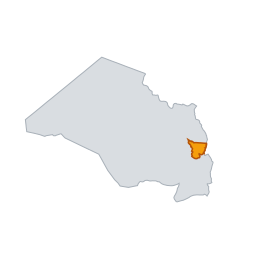 Lac Iro, Moyen-Chari, Chad (highlighted), rotated 291°
{"feature_id": "50815135B94662216566844", "entity_name": "Lac Iro", "entity_type": "district", "adm_level": 2, "iso_a3": "TCD", "parent_name": "Chad", "parent_adm1": "Moyen-Chari", "projection": "robinson", "projection_center": [19.344, 9.791], "detail": "fine", "context": "in_parent", "style": "filled", "palette": "amber", "viewbox_px": 256, "rotation_deg": 291, "n_neighbors": 0, "source": "geoboundaries", "source_scale": "gbopen_adm2", "svg_char_len": 5222}
<svg xmlns="http://www.w3.org/2000/svg" viewBox="0 0 256 256"><g transform="rotate(291 128 128)"><path d="M184.7,78.1L184.7,83.6L184.7,89.1L184.8,94.6L184.8,100.1L184.8,105.7L184.9,111.2L184.9,116.7L185.0,122.2L185.0,124.0L184.8,124.8L184.6,125.0L182.0,124.5L180.9,124.5L179.3,124.9L177.0,125.1L175.5,125.0L174.5,126.0L173.7,127.1L174.1,129.8L174.0,130.7L173.7,131.7L173.0,132.5L172.3,133.1L171.8,133.7L171.3,135.0L170.9,135.5L171.0,136.3L170.9,137.1L170.4,137.6L169.4,137.9L168.7,138.2L168.1,138.8L167.7,139.3L167.9,139.8L168.2,140.6L168.4,141.8L168.5,142.5L169.0,143.1L169.3,143.6L169.4,144.1L169.1,144.5L167.8,145.4L167.3,145.7L166.7,146.2L166.5,146.3L165.5,147.2L165.0,147.9L164.8,148.5L164.8,149.4L165.3,150.7L165.8,151.8L166.0,152.6L166.2,153.5L166.1,154.4L165.8,155.1L165.4,155.8L163.5,157.0L162.6,158.4L161.9,160.1L161.8,161.0L162.0,161.6L162.3,162.2L162.9,162.4L163.7,162.5L165.0,162.2L166.2,162.0L167.5,162.6L168.2,164.0L167.9,165.1L168.4,166.9L168.8,169.2L168.8,170.0L169.0,170.3L169.8,170.4L170.0,170.9L169.7,174.9L170.1,176.0L170.7,176.8L171.3,177.2L171.9,177.7L172.2,178.1L172.9,178.2L173.7,178.9L173.9,179.9L173.9,180.8L173.4,182.8L173.1,184.2L172.6,184.1L171.6,183.7L170.5,183.5L169.1,183.2L167.7,183.8L166.3,184.5L165.8,185.0L165.4,185.3L164.8,185.3L164.2,185.4L163.9,185.9L163.3,186.4L161.2,187.6L160.8,188.0L160.5,188.4L160.5,188.9L160.7,189.8L160.7,191.0L160.3,192.0L159.7,192.6L159.1,192.8L158.6,193.0L158.3,193.4L157.2,195.5L156.7,195.9L155.7,195.9L153.0,199.1L152.7,200.0L151.7,201.4L150.4,202.9L149.3,203.6L149.2,203.9L148.9,204.2L148.2,204.5L145.7,206.3L142.8,206.3L141.5,207.0L140.2,207.3L138.4,207.7L137.8,207.6L135.5,207.8L132.7,207.7L131.6,208.0L130.6,208.7L129.9,209.3L129.8,209.5L129.9,209.9L131.8,211.4L132.3,212.2L131.8,212.9L131.6,213.0L131.2,213.6L130.1,215.3L128.4,217.3L127.5,217.8L127.1,218.2L126.7,219.5L126.4,219.7L125.2,219.9L122.8,220.0L119.6,220.5L117.6,220.6L116.4,220.5L114.7,221.4L114.1,221.6L113.7,221.7L112.0,222.6L110.6,224.0L110.1,224.2L108.1,224.8L107.3,225.8L107.0,225.8L105.7,224.6L104.8,223.5L104.4,222.3L104.4,222.0L104.1,222.0L103.4,222.5L102.8,223.1L102.5,224.2L100.5,224.9L98.8,225.6L98.0,226.4L96.7,226.8L95.2,226.6L93.9,226.3L92.8,226.2L93.3,225.2L93.5,224.4L93.6,223.5L93.5,222.9L92.8,222.6L92.4,222.1L91.3,219.3L90.3,216.3L88.8,213.4L87.2,211.5L86.0,210.4L85.7,210.3L85.1,209.9L84.7,209.6L82.5,207.6L80.3,205.4L79.7,204.4L78.6,202.9L77.4,201.3L76.8,200.6L76.5,199.4L77.3,198.2L78.2,196.8L79.4,195.8L80.8,195.7L83.2,196.1L85.8,196.3L88.4,196.0L89.0,195.8L89.7,195.8L91.1,196.1L93.5,196.0L94.7,195.5L93.4,194.5L92.0,192.9L90.6,191.1L89.8,189.6L89.1,187.5L88.4,185.0L88.0,181.8L88.0,179.9L88.3,178.6L89.0,176.5L88.5,175.2L88.6,174.2L88.6,172.7L88.3,172.0L87.4,169.5L87.2,169.2L86.4,167.5L86.1,164.6L85.1,162.7L83.6,161.8L82.8,160.7L82.5,158.7L81.9,158.2L79.6,157.5L77.6,157.5L76.2,155.2L74.4,152.4L72.7,149.7L71.6,144.4L71.0,141.4L71.7,140.4L73.1,138.3L74.9,134.1L79.0,127.7L81.1,124.4L85.2,119.5L90.3,113.5L93.1,110.1L93.6,103.9L94.1,97.4L94.5,92.4L95.0,86.6L95.4,81.7L95.7,78.1L96.1,73.0L96.4,72.1L98.4,68.1L98.6,67.6L98.2,66.9L95.4,63.5L94.6,62.8L94.1,61.0L94.8,60.0L91.5,54.4L90.7,53.7L90.3,53.0L90.3,52.0L90.2,48.1L89.4,41.9L88.3,34.8L92.2,32.7L95.2,31.2L99.0,29.2L102.5,31.2L107.6,34.2L112.7,37.1L117.8,40.0L123.0,42.9L128.1,45.9L133.2,48.8L138.3,51.7L143.5,54.7L148.6,57.6L153.7,60.5L158.9,63.4L164.0,66.4L169.2,69.3L174.3,72.2L179.5,75.1L184.7,78.1Z" fill="#d9dde1" stroke="#a8b0b8" stroke-width="1"/><path d="M127.1,196.6L126.7,196.7L126.3,196.8L126.0,197.0L125.7,197.4L125.4,197.8L125.1,197.6L124.7,197.8L124.3,197.8L124.2,198.2L124.1,198.6L123.9,199.2L123.8,199.6L123.7,200.0L123.6,200.7L123.5,201.4L123.6,201.8L123.7,202.3L123.9,202.7L124.0,203.1L124.3,203.5L124.7,203.7L124.9,203.9L125.2,204.1L125.5,204.5L125.7,205.1L126.0,205.4L126.4,205.4L126.8,205.3L127.3,205.3L127.6,205.1L127.8,204.8L128.1,204.7L128.5,204.5L128.7,204.0L129.0,203.8L129.4,203.7L129.4,204.1L129.3,204.6L129.3,204.9L129.3,205.5L129.4,206.0L129.5,206.4L129.8,206.7L130.3,207.0L130.8,207.2L131.2,207.7L131.3,208.0L131.6,208.0L131.7,207.9L131.7,208.0L131.8,207.9L131.9,207.7L132.1,207.7L132.2,207.8L132.4,207.8L132.5,207.8L132.8,207.7L133.0,207.7L133.3,207.6L133.5,207.5L133.9,207.6L134.0,207.7L134.0,207.8L134.3,207.8L134.5,207.8L134.8,207.7L135.0,207.7L135.0,207.8L135.2,207.7L135.3,207.7L135.5,207.6L135.8,207.6L136.0,207.6L136.3,207.7L136.5,207.7L136.8,207.7L137.0,207.7L137.3,207.5L137.3,207.4L137.4,207.5L137.5,207.5L137.8,207.7L138.0,207.7L138.3,207.6L138.5,207.6L138.8,207.6L138.9,207.4L139.0,207.4L139.4,207.3L139.5,207.2L139.8,207.2L140.1,207.1L140.1,207.3L140.3,207.4L140.4,207.2L140.5,207.1L140.8,207.2L141.0,207.1L141.3,206.9L141.5,206.8L141.8,206.8L141.8,206.7L141.1,204.6L140.2,201.4L139.7,200.0L138.7,196.6L138.2,195.6L137.8,194.7L138.2,194.3L138.2,193.6L138.5,192.9L138.6,192.2L138.0,192.0L138.7,188.3L138.5,188.5L137.8,189.0L137.5,189.6L136.9,189.7L136.5,189.4L135.8,189.7L135.4,190.3L135.3,190.8L134.8,191.3L135.0,191.8L134.6,192.2L134.2,192.8L133.7,193.0L133.4,193.2L133.4,193.7L132.9,193.6L132.6,194.0L132.5,194.5L132.0,195.5L131.9,195.5L131.5,195.7L129.2,195.7L128.9,197.0L128.2,197.1L127.1,196.6Z" fill="#f59e0b" stroke="#b45309" stroke-width="1.5"/></g></svg>